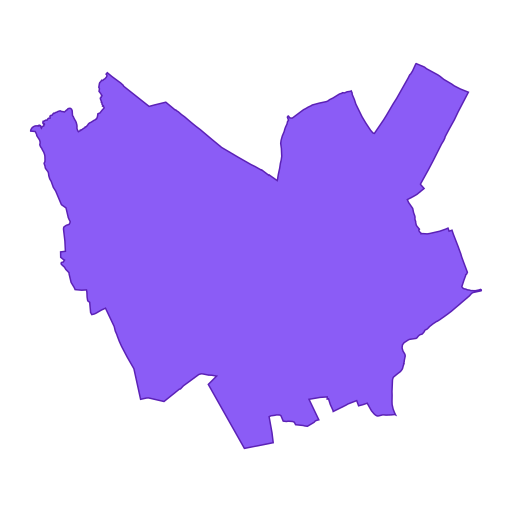 Dragomiresti, Neamt, Romania
{"feature_id": "2599482B54225851874210", "entity_name": "Dragomiresti", "entity_type": "district", "adm_level": 2, "iso_a3": "ROU", "parent_name": "Romania", "parent_adm1": "Neamt", "projection": "albers", "projection_center": [26.579, 47.028], "detail": "fine", "context": "isolated", "style": "filled", "palette": "violet", "viewbox_px": 512, "rotation_deg": 0, "n_neighbors": 0, "source": "geoboundaries", "source_scale": "gbopen_adm2", "svg_char_len": 5872}
<svg xmlns="http://www.w3.org/2000/svg" viewBox="0 0 512 512"><path d="M458.1,111.9L468.4,92.2L460.4,89.0L454.3,85.9L451.8,84.1L443.8,79.4L440.1,76.4L437.9,74.9L426.5,68.7L424.5,67.1L416.2,63.6L415.8,63.9L412.4,71.3L412.0,71.8L410.8,73.8L409.7,74.9L408.1,78.1L396.7,98.3L393.2,103.8L386.7,114.9L383.6,119.9L374.4,133.4L373.7,133.3L372.9,132.9L370.6,130.3L365.7,122.9L362.0,116.7L355.8,104.0L354.4,99.6L352.2,94.4L352.1,92.9L351.2,90.9L350.5,91.3L347.0,91.8L344.6,92.9L342.3,92.7L341.8,93.4L340.2,93.7L339.1,94.2L333.0,98.0L329.5,99.7L328.0,100.9L326.4,101.6L319.3,103.1L312.2,105.0L311.2,105.7L308.0,107.2L305.2,108.9L304.4,109.2L303.1,110.0L292.3,118.1L291.1,118.1L289.7,117.8L288.5,116.1L288.2,116.0L287.4,117.0L287.4,117.3L288.4,119.8L288.4,120.6L287.6,121.3L287.0,124.0L285.5,127.2L284.7,129.5L284.2,131.5L282.3,136.0L281.1,140.3L280.7,143.4L281.4,148.6L281.7,155.5L281.8,155.9L281.2,160.1L280.4,163.3L279.7,168.1L278.3,174.5L277.5,179.5L277.2,180.6L269.1,174.9L268.8,175.3L261.7,169.9L261.3,169.8L261.2,170.0L255.0,166.5L251.1,164.6L238.3,157.3L221.7,147.5L212.0,139.5L200.4,129.7L195.9,126.3L191.0,122.3L184.7,116.9L181.4,114.5L178.2,111.7L177.4,111.3L175.7,109.9L175.2,110.0L174.7,109.6L165.8,102.2L154.7,104.9L149.1,106.4L123.6,86.2L123.3,85.4L120.7,83.0L112.0,76.6L107.3,72.7L106.1,74.1L106.5,74.4L106.9,75.1L106.8,76.2L106.4,77.1L104.9,78.8L103.7,79.5L102.9,80.3L102.6,80.5L101.7,80.2L101.6,80.3L100.9,81.4L99.7,82.7L99.4,83.6L98.8,87.3L99.4,88.5L99.3,89.9L99.0,91.3L100.3,93.0L102.0,95.6L102.0,95.9L101.3,96.2L101.2,97.4L100.8,97.6L100.3,98.1L100.3,98.3L100.4,98.6L100.5,99.2L101.3,101.2L101.3,102.1L101.6,102.1L101.8,102.4L102.1,104.5L102.6,105.2L103.2,105.7L102.7,106.2L103.7,106.9L104.1,107.5L103.9,108.3L102.4,109.8L99.9,113.0L98.5,113.5L97.8,113.9L97.7,115.5L97.4,116.2L97.5,116.8L97.0,117.7L96.8,118.4L96.4,119.0L96.0,119.0L95.2,119.8L93.9,120.4L91.0,122.3L89.8,122.8L88.6,123.7L87.5,125.3L86.2,126.7L85.4,126.9L85.5,127.1L84.9,127.6L83.1,128.7L82.0,129.6L80.5,130.1L80.7,130.4L78.4,131.7L77.6,130.4L76.9,128.3L77.0,126.7L76.9,125.1L76.2,122.4L75.4,120.7L75.1,120.3L73.9,118.1L73.3,116.6L72.5,115.5L72.2,110.8L71.6,109.3L70.6,108.4L69.4,108.3L68.2,108.6L67.8,108.9L67.3,109.7L66.7,109.9L64.7,111.8L64.3,112.0L63.1,111.6L61.7,111.5L60.1,110.8L59.1,111.2L58.3,111.3L56.7,112.2L55.3,112.6L54.6,113.2L54.2,113.4L53.6,113.2L52.9,114.0L52.0,115.2L51.5,115.4L50.8,115.4L49.9,116.2L50.1,116.9L50.1,118.1L48.4,118.3L48.0,118.7L46.9,120.2L45.8,120.1L45.5,120.3L44.1,121.0L43.9,121.3L43.1,121.3L42.9,122.2L42.9,123.2L43.3,123.8L43.7,123.5L44.0,123.5L44.4,124.0L44.4,124.6L43.8,125.2L43.7,126.0L42.7,126.3L41.8,127.0L41.7,127.7L41.4,128.2L41.0,127.5L40.6,125.7L39.4,125.2L39.0,125.3L39.2,125.9L38.9,126.0L38.0,126.0L37.9,125.8L35.5,125.9L34.4,126.2L32.4,127.4L31.5,128.6L30.7,130.2L30.7,131.1L35.2,131.5L36.6,134.4L36.8,135.7L39.5,139.9L40.1,141.8L40.1,143.1L39.8,144.8L40.5,146.6L41.0,147.4L41.7,148.3L42.2,149.5L43.8,152.3L44.7,155.0L44.9,156.4L45.0,159.8L44.9,161.7L44.1,163.2L44.2,163.8L45.0,166.1L45.3,168.0L45.9,169.0L47.8,171.5L48.4,172.8L48.8,175.8L49.7,178.8L51.2,181.4L53.3,187.3L55.7,191.1L61.3,204.4L61.6,204.8L66.0,207.9L68.1,216.8L68.2,217.4L69.2,219.7L70.2,221.6L70.0,222.7L69.1,224.4L66.3,225.3L64.0,226.9L63.6,227.9L63.5,229.1L64.9,241.1L65.4,251.3L60.6,251.9L60.7,257.3L63.5,259.6L64.5,260.1L63.3,262.0L61.4,262.5L61.1,263.3L61.4,264.4L64.5,267.2L65.8,269.4L69.0,272.7L69.1,274.0L71.1,282.4L74.3,287.7L75.1,289.6L81.7,290.2L86.5,289.9L86.9,292.1L87.1,297.0L87.5,299.7L87.7,300.6L88.0,301.1L89.7,302.3L90.6,312.5L91.8,314.6L94.5,313.9L96.2,313.1L101.5,310.0L105.5,308.2L114.2,326.5L115.3,331.1L116.9,334.7L117.1,335.5L119.3,341.3L121.5,346.2L127.1,356.9L133.9,368.7L140.6,399.3L146.6,398.0L148.5,397.9L164.0,401.5L179.4,389.1L180.4,389.0L183.4,385.8L198.8,374.5L201.2,373.8L202.7,373.9L208.6,375.1L211.6,375.2L216.6,376.1L208.3,384.4L244.4,448.4L273.2,442.7L272.0,432.8L269.1,416.7L270.8,415.8L274.2,415.4L276.7,414.9L279.8,415.0L281.0,415.8L283.2,421.1L286.4,421.5L288.2,421.2L292.6,421.5L294.3,422.2L295.6,424.7L303.2,425.5L304.6,425.9L307.4,426.3L314.1,422.3L315.1,421.1L316.5,420.4L318.8,419.8L309.0,399.3L320.1,397.4L327.2,396.9L327.2,399.1L328.5,398.8L330.3,404.5L332.9,410.2L333.2,411.5L345.9,405.2L347.9,404.0L356.7,400.6L358.6,405.8L362.8,404.7L367.2,403.2L371.4,410.7L374.1,413.9L375.5,415.1L377.2,416.0L378.6,415.9L382.9,414.8L386.0,415.1L391.3,414.9L394.7,414.5L395.6,414.9L394.4,412.4L393.1,409.0L392.1,404.5L392.0,401.3L392.1,395.4L392.0,391.3L392.5,379.7L393.2,377.5L393.7,376.9L398.1,373.3L399.9,372.0L400.9,371.0L402.1,369.4L402.6,368.3L403.2,365.9L404.0,363.7L403.7,363.6L404.2,361.7L404.3,360.4L405.2,356.1L405.1,355.2L404.9,354.3L404.4,353.4L403.0,351.1L402.2,348.4L402.1,347.5L402.5,344.7L403.6,343.4L403.9,342.8L407.7,340.3L408.9,339.6L409.9,339.3L416.1,338.4L417.1,337.7L418.1,336.3L419.6,334.9L422.3,334.0L424.4,331.5L424.6,330.5L425.8,329.6L426.7,329.4L428.9,327.4L429.1,326.9L432.6,324.1L436.5,321.5L437.4,321.2L437.7,321.0L439.9,319.6L447.5,314.2L451.2,311.4L469.5,295.8L470.9,294.1L472.1,293.0L473.2,292.5L481.1,290.8L481.3,290.5L481.2,289.8L480.6,289.4L478.8,290.0L475.4,290.7L470.9,290.6L469.5,290.1L467.3,289.8L465.8,289.1L464.0,288.8L462.9,288.1L461.8,286.7L464.1,279.7L465.7,275.4L465.8,274.6L466.6,274.1L467.4,272.3L463.4,261.7L461.6,256.7L460.8,253.9L458.7,248.2L458.6,247.8L453.3,234.1L452.0,230.2L449.1,231.2L448.0,228.1L446.0,229.0L439.8,231.2L429.7,233.5L427.2,233.9L423.0,233.6L421.1,233.7L421.2,233.3L419.6,231.9L418.9,230.6L418.8,230.0L419.4,229.2L417.0,226.3L416.3,225.2L415.7,222.6L415.7,221.7L414.9,219.1L415.0,217.6L414.9,216.3L413.6,212.7L412.7,208.4L408.6,202.5L407.3,199.6L413.3,196.5L416.9,194.4L424.1,188.5L420.5,184.4L420.5,184.0L428.3,169.9L433.3,160.4L441.6,143.9L443.6,140.7L444.9,137.9L445.1,136.8L448.9,129.6L454.4,119.7L458.1,111.9Z" fill="#8b5cf6" stroke="#5b21b6" stroke-width="1.5"/></svg>